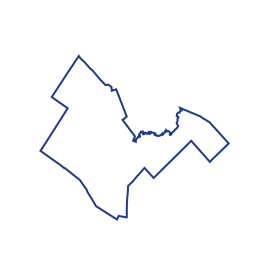 outline of Dracea, Teleorman, Romania, rotated 71°
{"feature_id": "2599482B41150428898624", "entity_name": "Dracea", "entity_type": "district", "adm_level": 2, "iso_a3": "ROU", "parent_name": "Romania", "parent_adm1": "Teleorman", "projection": "equal_earth", "projection_center": [25.009, 43.874], "detail": "fine", "context": "isolated", "style": "outline", "palette": "blue", "viewbox_px": 256, "rotation_deg": 71, "n_neighbors": 0, "source": "geoboundaries", "source_scale": "gbopen_adm2", "svg_char_len": 2098}
<svg xmlns="http://www.w3.org/2000/svg" viewBox="0 0 256 256"><g transform="rotate(71 128 128)"><path d="M121.1,218.2L122.4,217.3L141.3,203.8L143.1,202.7L145.3,201.3L145.3,201.0L145.4,200.7L156.6,193.6L161.4,190.5L173.0,187.2L175.0,187.2L179.1,186.3L183.0,185.4L191.6,183.6L201.4,175.8L210.9,168.2L208.1,165.4L212.1,158.5L211.8,158.1L207.6,156.7L203.6,155.3L197.8,153.1L191.3,150.3L187.7,148.7L183.3,147.0L182.6,146.4L180.3,141.3L177.5,136.7L171.1,125.4L183.6,120.0L168.7,89.0L160.7,72.4L178.5,65.0L186.7,61.6L185.5,59.4L175.4,37.8L169.8,40.2L149.1,49.0L142.8,54.3L140.7,55.7L130.7,66.9L125.9,72.3L127.3,72.2L128.2,71.4L129.0,71.6L129.0,73.4L130.2,74.1L129.7,75.5L130.7,77.1L132.7,78.1L133.6,77.0L134.4,76.8L135.3,78.1L136.8,78.5L137.9,79.2L139.0,80.4L142.7,80.0L144.3,82.3L144.8,84.0L145.6,84.9L146.2,86.8L148.5,90.0L148.5,90.3L147.8,90.7L146.2,89.4L143.9,91.0L143.9,91.9L142.7,92.5L143.4,92.7L143.4,93.2L143.0,93.4L142.9,93.7L144.0,93.8L144.1,94.9L144.8,95.9L144.2,96.6L144.6,97.3L145.6,97.3L145.8,97.9L145.0,98.6L145.7,100.5L145.0,102.9L144.6,103.5L144.1,103.3L143.6,103.7L143.3,105.0L142.3,104.9L141.8,104.2L141.1,104.9L140.7,105.9L140.1,106.6L140.1,107.3L139.1,107.4L139.0,107.7L139.1,108.1L139.0,108.5L139.3,108.7L140.4,108.4L140.7,109.4L140.7,109.6L139.9,109.7L139.3,109.4L139.0,109.4L138.5,109.9L138.7,110.2L139.0,110.4L139.7,110.5L139.8,112.0L138.7,112.5L138.1,112.9L138.0,113.1L138.2,113.5L139.0,114.6L139.1,115.0L138.9,115.7L138.0,116.0L137.6,115.8L137.6,115.4L137.1,115.0L136.4,115.0L136.4,115.6L136.0,115.6L135.8,117.1L136.6,117.8L137.0,118.8L137.5,119.1L138.2,120.0L139.2,119.2L140.2,119.5L139.8,121.4L140.4,122.0L140.6,122.8L141.3,123.5L141.4,125.1L142.0,125.4L142.8,124.8L143.6,125.1L141.7,127.3L138.2,124.1L118.6,130.5L118.5,130.1L116.8,125.5L105.0,125.9L94.4,126.3L87.6,126.6L87.5,131.2L83.9,130.3L80.6,132.5L80.1,135.3L73.5,138.4L61.3,143.1L60.2,144.1L51.0,147.9L49.1,149.0L46.3,150.4L43.9,151.1L50.6,159.8L53.9,164.2L55.3,166.0L55.8,166.7L72.9,188.7L73.9,190.0L80.9,185.0L89.7,178.6L108.8,202.5L117.7,213.8L121.1,218.2Z" fill="none" stroke="#1e3a8a" stroke-width="2"/></g></svg>